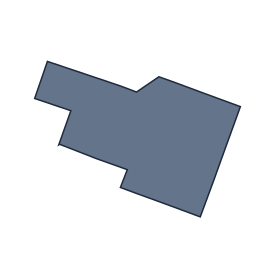 the district of Quitman, Mississippi, United States of America, rotated 290°
{"feature_id": "52423323B70800953145175", "entity_name": "Quitman", "entity_type": "district", "adm_level": 2, "iso_a3": "USA", "parent_name": "United States of America", "parent_adm1": "Mississippi", "projection": "albers", "projection_center": [-90.295, 34.292], "detail": "fine", "context": "isolated", "style": "filled", "palette": "slate", "viewbox_px": 256, "rotation_deg": 290, "n_neighbors": 0, "source": "geoboundaries", "source_scale": "gbopen_adm2", "svg_char_len": 398}
<svg xmlns="http://www.w3.org/2000/svg" viewBox="0 0 256 256"><g transform="rotate(290 128 128)"><path d="M186.6,187.2L186.8,157.6L186.7,139.5L164.7,123.7L164.9,106.3L163.0,29.5L123.8,30.2L124.7,68.4L88.5,68.7L89.3,69.3L88.4,108.7L88.6,141.6L69.5,141.2L69.4,158.8L69.4,190.1L69.2,226.3L109.7,226.5L129.3,226.4L186.5,226.3L186.6,187.2Z" fill="#64748b" stroke="#1e293b" stroke-width="1.5"/></g></svg>